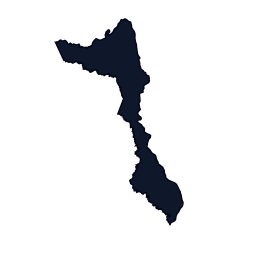 the district of Puerto Wilches, Santander, Colombia, rotated 160°
{"feature_id": "7082276B91247844433249", "entity_name": "Puerto Wilches", "entity_type": "district", "adm_level": 2, "iso_a3": "COL", "parent_name": "Colombia", "parent_adm1": "Santander", "projection": "orthographic", "projection_center": [-73.726, 7.663], "detail": "fine", "context": "isolated", "style": "filled", "palette": "ink", "viewbox_px": 256, "rotation_deg": 160, "n_neighbors": 0, "source": "geoboundaries", "source_scale": "gbopen_adm2", "svg_char_len": 5966}
<svg xmlns="http://www.w3.org/2000/svg" viewBox="0 0 256 256"><g transform="rotate(160 128 128)"><path d="M91.5,207.1L90.7,210.6L89.8,212.5L89.2,214.7L89.3,217.3L89.6,218.0L90.2,220.9L90.1,222.1L89.7,222.9L89.4,226.6L91.1,228.0L92.2,230.1L93.0,231.1L93.9,231.6L96.2,231.1L97.0,232.0L97.4,232.0L99.0,230.4L101.5,229.2L102.7,227.5L104.6,226.2L105.5,226.2L106.4,225.8L107.9,224.8L108.7,223.7L110.4,222.7L112.4,221.9L114.2,222.0L114.7,222.2L114.9,222.7L114.6,223.2L112.8,224.3L112.1,225.3L112.4,226.7L113.0,226.9L115.5,225.8L116.0,225.3L117.6,223.1L117.7,220.9L118.4,220.2L123.7,219.8L124.8,220.3L127.0,222.5L127.9,222.7L131.0,221.0L132.3,219.8L133.6,217.7L134.6,217.9L135.4,217.5L137.7,217.8L138.9,217.0L139.8,218.2L141.5,218.5L142.5,219.2L143.3,219.4L143.3,220.1L143.6,220.3L144.9,219.9L145.4,220.0L145.6,220.5L145.1,221.6L145.4,223.5L148.1,223.6L150.3,225.5L152.0,225.3L152.5,225.9L152.7,226.9L153.2,227.4L154.7,226.9L155.5,227.1L156.0,228.1L155.9,229.2L156.7,231.2L157.5,231.9L159.7,231.9L161.0,233.5L161.6,233.7L163.3,233.2L164.3,232.4L165.2,233.3L166.4,232.9L166.8,233.2L165.1,213.5L163.7,212.8L163.7,211.7L163.0,211.8L162.3,211.6L161.8,210.6L160.7,209.9L158.9,209.7L158.6,208.8L158.0,208.5L157.7,207.9L157.1,207.9L156.7,208.3L155.7,208.0L154.5,208.3L153.7,207.7L152.2,207.2L152.8,206.4L152.3,205.7L151.5,205.9L152.0,205.5L151.7,205.2L151.1,205.6L150.6,205.2L150.3,205.9L149.7,205.8L149.4,205.5L149.9,204.9L148.6,203.5L148.8,202.5L149.1,202.4L148.9,201.9L149.2,201.8L149.4,200.4L149.0,200.7L148.5,200.3L148.8,199.4L149.6,198.5L148.2,198.0L147.5,198.3L146.9,197.0L145.0,195.5L144.7,193.9L143.9,193.1L143.7,193.1L143.4,193.7L142.8,194.1L142.9,193.6L142.0,193.4L141.4,193.5L140.9,194.1L140.4,193.9L140.4,194.2L139.3,194.3L138.5,193.7L138.4,193.1L137.1,192.7L136.8,192.3L137.0,191.7L137.4,192.0L137.8,191.7L137.6,191.2L137.9,190.5L137.5,189.5L137.0,189.3L137.2,188.7L136.5,188.4L135.5,188.5L134.6,187.2L133.4,186.7L132.8,186.1L131.9,185.9L132.0,185.6L131.2,185.9L130.9,185.7L129.7,186.0L128.9,185.5L128.8,185.8L128.3,185.7L128.1,185.2L127.4,185.1L127.4,184.4L127.1,184.5L127.4,183.9L127.2,184.0L127.1,183.4L127.3,182.9L126.1,182.9L125.5,182.3L125.4,181.5L124.2,181.1L124.1,180.7L122.7,181.3L122.3,180.7L122.0,180.9L121.5,180.7L121.6,179.4L121.4,178.5L122.3,176.3L122.5,174.8L122.1,171.7L121.5,169.9L121.7,169.5L121.5,169.3L122.0,169.0L121.8,168.2L121.3,168.1L121.9,167.3L122.1,166.7L121.9,166.3L122.3,165.9L121.9,165.5L122.2,164.5L122.1,162.8L122.6,160.9L122.3,158.5L121.8,157.3L132.7,144.7L131.2,143.9L130.1,142.2L129.5,142.2L129.7,141.7L128.5,141.0L128.4,140.3L129.0,139.4L128.4,138.4L128.7,137.9L128.2,137.5L128.0,136.8L128.2,136.7L127.3,135.9L127.5,135.8L126.8,134.5L125.1,133.9L125.1,133.7L124.7,133.7L124.5,133.2L124.3,133.6L124.0,133.4L124.3,132.5L124.2,131.2L125.4,127.8L125.3,127.5L124.7,127.7L123.9,127.0L123.5,125.8L124.2,125.1L124.2,123.6L124.7,123.7L124.9,123.4L124.7,123.2L125.1,123.1L124.9,122.8L124.6,123.0L124.2,122.4L124.6,122.2L124.5,121.2L125.0,120.9L124.7,119.2L125.8,118.3L126.1,117.6L125.0,116.4L125.0,115.9L125.8,115.0L125.7,114.6L125.2,114.3L125.1,113.8L126.0,113.4L126.3,112.7L125.9,111.6L126.3,110.8L125.7,110.2L125.5,109.5L126.6,108.8L125.4,108.7L125.7,107.2L125.4,106.9L124.8,107.0L124.6,106.7L124.8,106.2L125.7,106.2L125.8,105.5L125.3,105.2L124.3,105.2L125.3,104.8L124.6,104.4L125.2,103.7L126.1,103.4L127.2,103.8L127.6,103.1L128.4,102.7L129.2,103.0L129.9,101.6L129.9,100.9L129.2,100.8L128.8,100.3L129.0,98.8L128.1,98.5L127.9,97.4L127.0,97.3L127.0,96.5L126.6,95.6L127.0,94.8L126.9,93.6L127.6,93.1L128.5,91.3L130.2,90.6L131.3,90.6L131.3,89.6L132.7,90.4L132.7,89.7L133.6,89.0L132.7,88.4L133.2,87.8L132.6,87.2L133.6,87.1L134.0,87.5L134.0,86.2L135.5,85.3L135.9,84.1L137.8,83.6L138.2,82.7L138.7,82.7L138.6,82.0L139.6,82.2L139.5,81.3L140.3,79.5L141.6,78.7L143.3,78.5L144.3,77.9L144.4,77.4L143.7,75.6L143.9,75.2L144.4,75.3L144.2,74.5L142.9,73.0L142.9,71.7L143.5,71.1L144.0,70.0L143.2,68.2L143.6,66.9L143.1,66.6L141.5,67.3L141.1,65.8L141.8,65.3L141.8,64.7L141.0,64.9L140.6,64.5L140.0,65.0L138.7,64.9L138.6,63.7L137.4,63.0L137.3,61.6L136.2,60.7L134.7,61.5L132.9,61.1L132.9,60.6L133.4,59.9L133.2,58.8L133.8,57.6L133.2,57.4L132.2,57.5L132.0,57.2L132.8,56.5L133.9,56.4L133.3,55.7L132.4,56.1L132.1,56.0L133.5,54.6L133.6,53.8L132.5,52.5L132.6,52.2L133.5,52.1L133.4,51.7L132.2,50.7L131.6,49.7L130.0,48.9L130.0,48.0L131.0,47.3L130.7,46.4L130.5,46.1L129.2,46.2L128.3,44.8L127.2,44.4L127.2,43.9L127.6,43.6L128.8,43.6L128.8,42.8L128.2,42.4L127.4,42.8L127.5,41.6L127.0,40.9L125.8,41.0L125.3,40.4L124.4,40.5L124.0,40.1L124.0,38.9L123.0,37.9L123.9,37.3L122.9,36.6L122.7,35.5L121.7,34.9L121.7,34.4L122.1,33.8L121.5,33.4L120.8,33.4L120.5,32.3L119.8,32.9L119.2,33.0L119.2,32.3L118.2,31.5L118.3,30.9L118.9,30.4L119.6,30.6L120.1,31.4L121.7,31.4L122.0,30.8L121.8,29.5L122.9,28.5L122.1,27.2L122.3,26.1L121.6,24.3L121.7,22.3L121.1,23.7L119.8,24.4L115.9,24.9L114.9,25.5L114.1,26.6L113.7,27.8L111.2,30.9L109.7,31.5L106.2,34.7L104.1,35.7L103.0,36.8L101.8,39.2L101.9,42.4L101.1,46.5L101.1,48.9L100.8,49.9L101.7,58.0L102.1,59.1L103.0,60.4L107.8,65.0L109.5,68.1L109.6,69.0L109.0,70.0L109.2,73.3L108.6,75.3L108.6,76.8L108.9,79.3L111.7,83.7L111.8,84.5L111.5,85.6L112.0,87.4L111.6,92.9L114.2,96.4L114.9,99.8L116.7,103.4L116.7,104.1L115.4,106.1L115.1,107.0L112.4,110.5L110.3,111.4L109.4,113.3L110.1,114.4L111.8,115.7L113.9,118.5L113.9,119.4L112.9,121.7L112.9,122.5L113.8,124.1L114.4,126.5L116.9,129.9L116.4,131.6L115.6,132.1L113.7,131.5L113.0,131.7L112.3,132.4L112.3,133.8L113.7,136.0L114.1,138.2L113.2,139.6L110.1,141.3L110.2,143.2L109.6,145.9L109.7,147.1L107.5,149.2L105.6,156.1L104.6,156.7L101.8,156.5L101.4,157.2L101.1,158.5L99.4,160.0L99.0,162.0L98.6,162.4L96.8,163.0L93.7,163.5L92.4,164.2L91.7,165.2L91.6,166.4L91.0,167.8L90.8,169.8L92.5,171.5L92.8,172.4L92.6,174.0L93.9,175.1L94.2,176.7L95.6,178.8L95.4,183.8L94.8,185.0L94.7,187.6L94.4,188.7L92.9,189.8L93.7,192.6L93.7,194.7L92.3,201.4L91.6,203.6L91.5,207.1Z" fill="#0f172a" stroke="#020617" stroke-width="1.5"/></g></svg>